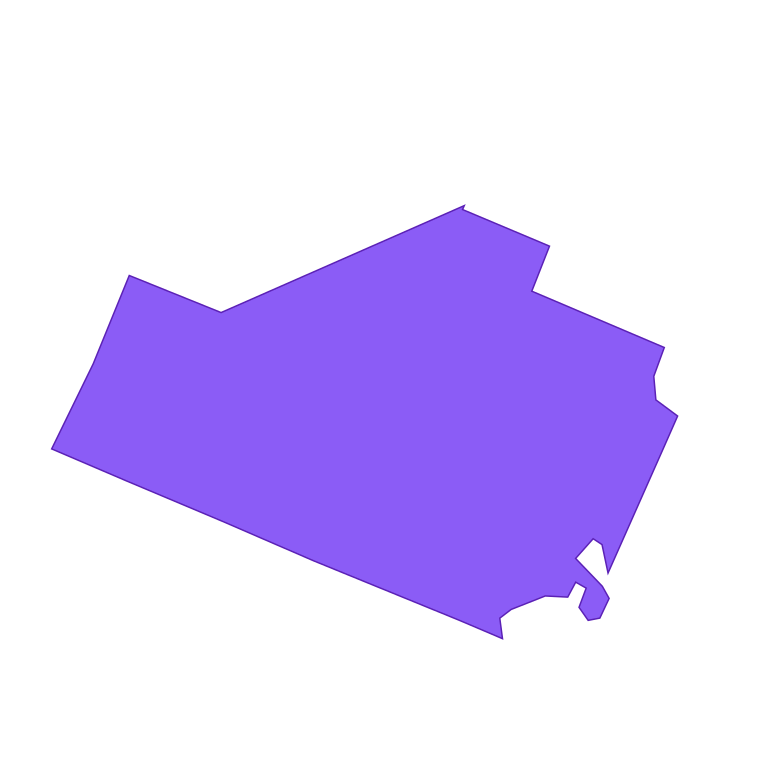 the district of Morgan, Missouri, United States of America, rotated 291°
{"feature_id": "52423323B53823188034237", "entity_name": "Morgan", "entity_type": "district", "adm_level": 2, "iso_a3": "USA", "parent_name": "United States of America", "parent_adm1": "Missouri", "projection": "equal_earth", "projection_center": [-92.922, 38.441], "detail": "fine", "context": "isolated", "style": "filled", "palette": "violet", "viewbox_px": 768, "rotation_deg": 291, "n_neighbors": 0, "source": "geoboundaries", "source_scale": "gbopen_adm2", "svg_char_len": 578}
<svg xmlns="http://www.w3.org/2000/svg" viewBox="0 0 768 768"><g transform="rotate(291 384 384)"><path d="M197.9,282.2L193.7,382.0L190.4,538.4L188.7,585.9L206.9,576.0L219.1,583.5L243.9,610.5L250.9,631.9L267.7,634.0L265.9,645.9L245.4,646.1L236.5,659.3L242.8,669.4L264.5,671.0L273.4,660.3L289.8,625.4L314.5,634.7L312.2,645.1L287.8,660.9L422.6,667.8L459.3,669.6L466.6,643.5L487.9,633.1L518.5,632.6L523.6,488.7L572.0,489.1L575.0,394.8L579.3,395.0L392.3,206.3L394.0,107.3L298.6,105.3L204.3,97.0L201.2,179.0L197.9,282.2Z" fill="#8b5cf6" stroke="#5b21b6" stroke-width="1.5"/></g></svg>